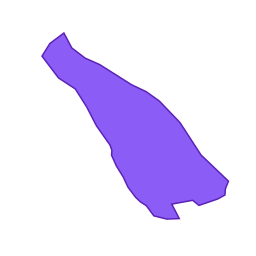 the District of Lyantonde, rotated 137°
{"feature_id": "UGA-5618", "entity_name": "Lyantonde", "entity_type": "District", "adm_level": 1, "iso_a3": "UGA", "parent_name": "Uganda", "parent_adm1": "", "projection": "equal_earth", "projection_center": [31.198, -0.28], "detail": "fine", "context": "isolated", "style": "filled", "palette": "violet", "viewbox_px": 256, "rotation_deg": 137, "n_neighbors": 0, "source": "natural_earth", "source_scale": "10m", "svg_char_len": 566}
<svg xmlns="http://www.w3.org/2000/svg" viewBox="0 0 256 256"><g transform="rotate(137 128 128)"><path d="M102.8,12.9L110.8,14.9L128.9,23.0L130.0,31.0L147.9,42.5L152.3,26.8L161.8,35.0L169.0,46.1L167.6,58.8L169.3,65.4L169.7,72.2L168.4,84.6L164.9,95.5L162.4,108.1L158.6,119.3L155.0,122.7L152.8,127.8L149.6,151.0L143.8,171.8L139.9,192.5L144.7,211.9L141.9,239.2L127.4,243.1L110.1,241.2L114.5,224.9L111.7,208.3L105.4,193.5L95.9,157.2L89.9,142.1L86.7,126.3L86.3,96.4L93.0,58.5L90.8,20.6L98.2,17.1L102.8,12.9Z" fill="#8b5cf6" stroke="#5b21b6" stroke-width="1.5"/></g></svg>